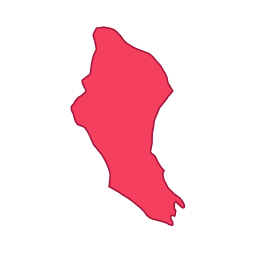 Habil Jabr, Lahij, Yemen (orthographic projection), rotated 78°
{"feature_id": "15242507B45495192341807", "entity_name": "Habil Jabr", "entity_type": "district", "adm_level": 2, "iso_a3": "YEM", "parent_name": "Yemen", "parent_adm1": "Lahij", "projection": "orthographic", "projection_center": [45.08, 13.602], "detail": "fine", "context": "isolated", "style": "filled", "palette": "rose", "viewbox_px": 256, "rotation_deg": 78, "n_neighbors": 0, "source": "geoboundaries", "source_scale": "gbopen_adm2", "svg_char_len": 4568}
<svg xmlns="http://www.w3.org/2000/svg" viewBox="0 0 256 256"><g transform="rotate(78 128 128)"><path d="M177.5,101.5L176.8,101.9L175.7,102.5L174.6,103.1L173.6,103.6L172.4,104.1L171.3,104.5L170.0,105.0L168.9,105.4L167.6,105.8L166.5,106.2L165.3,106.4L164.2,106.6L163.1,107.0L162.0,107.2L160.9,107.6L159.9,108.3L159.1,109.1L158.6,109.5L158.0,110.0L157.3,110.4L156.9,110.7L156.5,110.8L156.1,110.9L155.7,110.9L154.1,110.3L153.1,109.8L152.3,109.5L151.6,109.2L150.2,108.7L149.4,108.3L147.3,107.5L146.4,107.3L145.2,107.0L144.0,106.8L142.7,106.5L141.1,106.1L140.0,105.8L138.7,105.5L137.4,105.0L136.2,104.6L135.0,104.0L133.8,103.5L132.8,103.1L131.7,102.7L130.6,102.3L129.2,101.8L128.1,101.5L127.0,101.0L125.8,100.4L124.6,99.8L123.7,99.1L122.7,98.4L121.7,97.7L120.7,97.0L119.5,96.2L118.5,95.5L117.4,94.8L116.3,94.0L115.3,93.3L114.3,92.4L113.5,91.5L112.7,90.3L107.1,83.6L106.2,82.9L105.3,81.9L104.6,80.9L101.1,76.5L92.4,79.5L91.3,79.5L90.1,79.5L88.9,79.4L87.8,79.4L86.4,79.5L85.3,79.7L84.1,79.9L82.9,80.2L81.7,80.6L80.6,81.0L79.5,81.4L78.3,81.7L77.0,82.1L75.9,82.5L74.6,82.9L73.4,83.5L72.2,84.1L71.2,84.7L70.0,85.4L68.9,86.0L67.7,86.7L66.5,87.3L65.3,87.9L64.2,88.5L63.1,89.1L62.2,89.9L61.1,90.7L60.0,91.6L59.2,92.6L58.4,93.7L57.8,94.8L57.1,95.9L56.4,96.9L55.6,98.1L54.9,99.3L54.2,100.4L53.4,101.6L52.7,102.6L52.0,103.6L51.3,104.6L50.6,105.5L49.7,106.4L48.7,107.6L47.8,108.5L46.8,109.6L45.9,110.5L45.1,111.3L44.2,112.1L43.1,112.8L41.9,113.6L40.9,114.2L39.7,114.7L38.5,115.2L37.3,115.7L36.1,116.3L35.0,116.9L34.0,117.7L32.9,118.3L31.7,118.9L28.9,121.3L26.6,125.1L24.2,130.9L24.2,131.2L24.2,132.4L24.2,133.7L24.1,134.8L24.0,136.0L23.8,137.2L23.8,138.0L24.3,138.5L25.2,139.3L26.1,140.1L27.0,140.8L27.9,141.5L28.9,142.3L30.0,142.7L31.2,142.8L32.4,142.7L33.6,142.6L34.9,142.4L36.0,142.4L37.2,142.4L38.5,142.4L39.7,142.4L40.9,142.4L42.1,142.4L43.3,142.5L44.5,142.7L45.6,143.3L46.6,144.1L47.6,144.9L48.5,145.7L49.5,146.4L50.6,147.0L51.9,147.7L53.2,148.3L54.4,148.9L55.8,149.4L57.0,149.9L58.5,150.6L59.9,151.1L61.1,151.5L62.2,151.8L63.5,152.4L64.7,152.8L65.8,153.1L67.0,153.6L67.8,154.6L68.4,155.7L68.9,156.8L69.4,157.9L69.9,159.0L70.4,160.1L71.0,161.3L71.5,162.4L72.4,163.1L73.6,163.3L75.0,163.2L76.2,163.0L77.6,162.7L78.7,162.4L79.8,162.0L81.0,161.6L82.1,161.4L82.6,161.3L83.2,161.5L83.6,161.9L84.2,162.7L85.2,164.2L86.3,166.2L86.9,167.3L87.1,168.4L87.5,169.6L88.1,170.7L88.8,171.7L89.5,172.6L90.2,173.5L91.2,174.4L92.1,175.2L93.0,176.0L93.7,177.0L94.3,177.9L95.2,178.7L96.4,179.3L97.6,179.5L98.8,179.5L100.1,179.3L101.2,179.0L102.4,178.7L103.8,178.5L105.0,178.4L106.2,178.4L107.5,178.3L108.8,178.2L110.0,178.1L111.1,177.8L112.4,177.3L113.5,176.9L114.5,176.2L115.0,175.1L115.6,174.1L116.4,172.9L117.1,171.9L117.9,170.9L119.1,170.1L120.3,169.5L121.5,168.9L122.7,168.4L123.8,168.1L125.0,167.8L126.1,167.5L127.6,167.1L128.9,166.9L130.1,166.6L131.3,166.3L132.5,166.0L134.0,165.7L135.2,165.5L136.4,165.3L137.6,164.9L138.7,164.3L139.8,163.7L141.1,163.0L142.2,162.4L143.5,161.8L144.7,161.3L145.7,160.7L147.0,160.0L148.2,159.3L149.4,158.9L150.6,158.5L151.9,158.1L153.2,157.7L154.7,157.2L156.1,156.8L157.2,156.5L158.3,156.3L159.5,156.0L160.9,155.8L162.2,155.6L163.4,155.4L164.8,155.2L166.0,155.0L167.2,155.0L168.6,155.0L169.8,155.1L171.0,155.3L172.2,155.7L173.3,156.1L174.4,156.5L175.7,156.9L177.0,157.2L178.2,157.6L179.4,157.9L179.6,158.0L180.5,158.4L180.6,158.5L181.4,158.8L183.1,156.7L183.8,155.9L186.2,153.3L188.8,150.3L191.4,147.9L193.0,146.3L193.5,145.8L193.9,145.3L196.5,142.6L199.3,140.0L202.0,137.7L204.9,135.4L207.7,133.1L210.9,130.9L214.1,129.1L217.5,127.7L220.3,125.4L222.3,122.5L223.9,119.2L225.6,116.0L227.0,113.2L227.2,112.8L227.5,112.4L229.3,109.5L229.7,109.0L230.6,108.3L231.2,107.4L231.5,106.7L232.0,106.0L232.2,105.2L232.2,104.6L232.1,104.4L231.8,104.2L231.6,104.1L230.7,104.0L229.6,104.0L228.9,104.0L227.9,104.2L227.4,104.5L226.5,104.9L225.6,104.8L224.9,104.8L224.2,104.8L223.4,104.7L222.9,104.0L222.8,103.1L222.8,102.4L223.0,102.0L223.5,101.4L223.7,101.0L223.7,100.7L223.7,100.4L221.9,99.7L220.3,99.1L218.9,98.5L216.1,99.4L212.3,98.5L211.6,98.4L210.1,97.4L210.0,97.1L210.0,96.6L210.6,96.0L212.0,95.3L212.7,94.9L213.7,94.1L216.6,92.0L217.5,91.1L217.6,90.7L217.5,89.8L217.5,89.7L217.1,89.4L215.9,89.0L215.1,89.0L214.8,89.0L214.1,89.1L211.4,89.9L209.7,90.7L207.9,91.5L206.3,92.7L205.1,93.8L204.9,93.9L203.7,95.1L202.1,96.6L199.7,98.1L198.1,99.1L196.6,100.1L195.7,100.7L194.7,101.3L193.3,101.7L193.0,101.8L189.8,102.6L187.2,103.4L184.8,103.7L182.4,103.7L180.2,103.4L179.5,103.2L178.7,102.9L177.8,102.1L177.5,101.5Z" fill="#f43f5e" stroke="#9f1239" stroke-width="1.5"/></g></svg>